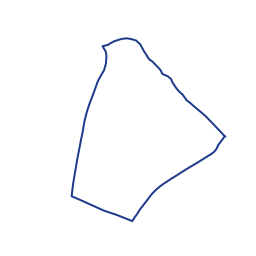 outline of Beausejour/Fostin'S Development, Gros Islet, Saint Lucia, rotated 242°
{"feature_id": "8701671B34711583072149", "entity_name": "Beausejour/Fostin'S Development", "entity_type": "district", "adm_level": 2, "iso_a3": "LCA", "parent_name": "Saint Lucia", "parent_adm1": "Gros Islet", "projection": "robinson", "projection_center": [-60.93, 14.075], "detail": "fine", "context": "isolated", "style": "outline", "palette": "blue", "viewbox_px": 256, "rotation_deg": 242, "n_neighbors": 0, "source": "geoboundaries", "source_scale": "gbopen_adm2", "svg_char_len": 2263}
<svg xmlns="http://www.w3.org/2000/svg" viewBox="0 0 256 256"><g transform="rotate(242 128 128)"><path d="M212.1,144.1L210.9,144.0L206.0,144.2L201.6,142.8L195.1,138.6L190.3,134.0L184.7,125.1L182.4,122.1L175.4,114.5L167.5,105.4L161.3,99.0L154.4,92.7L146.5,86.7L140.5,81.7L139.9,81.1L138.5,80.1L137.3,79.1L125.2,69.3L121.1,66.1L103.9,52.9L94.2,46.2L85.2,53.4L81.8,56.0L68.6,66.2L65.5,68.7L56.9,76.9L53.3,80.0L46.6,85.7L43.9,88.0L44.1,88.4L44.6,89.5L45.1,90.5L45.7,91.3L46.1,92.1L46.4,92.8L46.8,93.6L47.2,94.4L47.5,95.2L48.0,96.1L48.5,96.9L49.0,97.8L49.5,98.6L49.9,99.3L50.1,99.7L50.5,100.3L50.9,101.2L51.3,102.2L51.7,103.2L52.1,104.1L52.5,105.0L53.0,105.9L53.4,106.9L53.9,107.8L54.3,108.8L54.7,109.8L55.2,110.9L55.7,111.9L56.2,113.0L56.7,114.1L57.2,115.1L57.7,116.2L58.1,117.3L58.6,118.4L59.0,119.5L59.3,120.6L59.7,121.7L60.0,122.8L60.3,123.7L60.5,124.7L60.7,125.6L60.9,126.6L61.2,127.6L61.4,128.6L61.5,129.6L61.7,130.7L61.8,131.8L62.0,132.8L62.1,133.9L62.2,134.9L62.3,136.0L62.4,137.0L62.5,138.1L62.6,139.2L62.7,140.2L62.8,141.2L62.9,142.2L63.0,143.3L63.0,144.3L63.1,145.3L63.1,146.3L63.2,147.3L63.3,148.2L63.3,149.2L63.4,150.1L63.5,151.1L63.5,152.0L63.7,152.9L63.7,153.8L63.8,154.7L63.9,155.6L63.9,156.6L64.0,157.6L64.1,158.7L64.2,159.8L64.3,160.7L64.3,161.6L64.3,162.5L64.4,163.5L64.5,164.4L64.5,165.3L64.5,166.3L64.6,167.3L64.6,168.3L64.7,169.3L64.7,170.4L64.7,171.4L64.8,172.4L64.8,173.5L64.9,174.5L65.0,175.6L65.1,176.7L65.2,177.7L65.2,178.8L65.3,179.9L65.4,181.0L65.5,182.0L65.6,183.1L65.6,184.1L65.7,185.0L65.8,185.9L65.8,186.8L65.9,187.6L65.9,188.5L66.0,189.4L66.1,190.1L66.2,190.9L66.3,191.6L66.4,192.2L66.6,192.9L66.8,193.5L67.1,194.1L67.3,194.8L67.6,195.4L67.9,196.0L68.2,196.5L68.5,197.0L68.9,197.5L69.4,198.1L69.8,198.7L70.2,199.1L70.5,199.5L74.7,208.4L75.0,209.8L76.0,209.4L76.9,209.1L92.0,205.0L95.7,203.9L102.1,202.1L108.7,199.5L114.7,197.0L121.3,194.5L125.0,192.8L127.9,192.4L132.0,191.9L135.7,190.4L140.0,189.4L143.7,189.0L147.5,188.7L151.1,189.0L155.0,187.4L159.1,184.1L160.5,183.8L163.5,183.9L165.7,183.5L170.3,182.1L174.5,181.0L178.7,179.0L181.0,178.6L184.5,178.6L187.1,178.2L192.4,178.1L196.1,178.1L201.5,176.2L205.3,172.3L207.9,168.8L209.8,163.7L211.1,156.3L210.9,148.9L212.1,144.1Z" fill="none" stroke="#1e3a8a" stroke-width="2"/></g></svg>